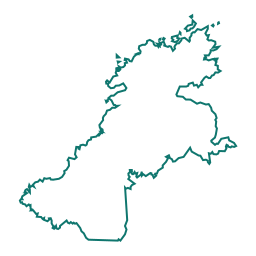 Portobelo, Colón, Panama (Robinson projection)
{"feature_id": "35544464B89301673090177", "entity_name": "Portobelo", "entity_type": "district", "adm_level": 2, "iso_a3": "PAN", "parent_name": "Panama", "parent_adm1": "Colón", "projection": "robinson", "projection_center": [-79.633, 9.507], "detail": "fine", "context": "isolated", "style": "outline", "palette": "teal", "viewbox_px": 256, "rotation_deg": 0, "n_neighbors": 0, "source": "geoboundaries", "source_scale": "gbopen_adm2", "svg_char_len": 5769}
<svg xmlns="http://www.w3.org/2000/svg" viewBox="0 0 256 256"><path d="M215.4,72.4L218.0,72.6L220.5,71.0L217.8,69.4L217.8,65.8L215.4,65.0L216.3,61.8L215.6,61.4L215.3,60.2L212.5,59.1L208.7,60.4L206.2,59.2L204.0,59.5L204.4,57.7L205.9,57.3L205.0,55.4L208.7,55.4L210.6,52.1L210.7,50.2L213.2,50.5L216.6,49.2L218.9,46.7L212.9,47.7L215.5,44.1L215.2,41.7L211.2,40.2L208.9,40.5L207.4,39.3L208.8,35.1L206.7,35.5L205.4,33.4L207.8,28.9L207.8,26.2L201.2,30.0L197.5,29.1L194.6,32.4L193.2,32.2L191.5,33.6L191.4,35.5L189.6,37.9L189.9,40.7L189.3,41.6L184.7,37.8L181.5,38.6L181.3,40.3L178.9,43.3L177.0,43.3L175.1,45.5L174.4,47.0L175.0,48.6L172.9,50.8L170.9,46.6L169.2,46.1L168.0,46.9L163.4,45.3L165.2,45.4L163.7,41.7L160.3,43.2L159.6,42.6L160.1,44.4L162.0,44.2L159.7,45.2L159.8,46.5L158.6,45.9L158.3,46.7L157.8,45.8L155.3,45.7L153.9,44.4L153.3,41.8L149.8,39.9L147.1,41.0L146.8,43.1L145.0,44.8L142.5,44.8L139.2,46.2L138.8,48.7L140.6,51.3L140.2,53.3L136.2,54.7L133.9,56.7L131.6,61.4L129.7,61.1L128.6,59.4L125.0,58.6L124.7,60.0L126.0,60.2L127.0,62.7L124.8,63.1L125.0,65.4L123.4,67.0L120.8,67.6L119.0,66.5L120.3,69.5L118.8,71.0L116.3,70.9L115.7,72.8L117.2,75.5L113.3,76.5L109.6,82.6L107.1,80.4L106.0,81.7L106.3,83.6L108.0,83.7L108.2,86.0L110.8,88.2L113.9,87.8L115.8,85.7L119.2,85.5L123.2,83.4L126.4,88.0L125.1,90.2L117.6,92.3L113.6,95.7L111.2,95.7L108.4,98.1L111.5,100.4L113.7,104.9L115.3,105.1L116.0,106.4L116.7,105.9L118.0,105.8L115.1,107.8L112.3,107.7L110.0,109.8L107.0,110.6L105.8,114.0L103.6,116.3L102.9,118.0L103.1,120.1L99.4,125.0L99.9,127.7L102.5,129.5L102.9,132.2L102.1,133.2L100.6,132.7L100.2,134.0L99.2,135.1L98.7,135.2L99.1,136.4L98.5,134.3L96.2,136.6L91.2,137.4L91.0,139.5L88.5,140.2L87.2,142.0L86.7,144.6L85.6,145.5L83.0,144.7L80.4,145.3L79.5,149.2L78.4,148.6L78.2,147.0L76.3,146.9L75.0,154.4L76.6,157.3L74.5,159.1L69.0,157.7L67.6,160.2L68.7,161.2L69.0,165.8L66.5,169.7L64.2,171.1L64.6,173.2L62.1,176.9L58.9,178.8L53.1,179.7L50.8,179.5L50.0,178.1L46.3,178.8L44.3,178.2L42.6,181.6L39.9,179.6L38.0,181.7L35.3,182.3L32.9,184.8L33.9,186.7L32.3,185.7L30.5,186.9L29.3,184.9L28.8,186.8L29.8,189.1L29.9,192.5L27.0,189.1L25.6,189.9L24.9,191.3L25.9,192.2L25.0,192.7L26.8,193.2L22.3,196.3L21.7,198.2L22.4,199.3L20.8,199.4L19.9,200.6L20.7,202.6L22.1,202.3L22.6,203.8L25.1,204.4L26.5,206.2L28.8,204.5L29.6,205.5L30.5,205.1L30.6,208.8L31.8,209.3L30.9,210.4L33.2,210.3L36.1,213.9L37.7,213.5L36.8,216.7L41.1,217.0L42.6,218.9L44.1,218.0L43.9,219.8L47.5,221.2L49.3,219.5L48.9,218.4L50.7,218.2L51.7,220.7L51.6,223.3L53.4,226.5L52.6,227.9L53.4,228.4L54.1,227.0L54.6,228.1L56.0,225.9L56.5,228.5L58.1,229.0L60.0,227.6L60.0,226.0L66.6,220.5L67.9,222.7L69.4,223.4L70.8,222.1L72.7,223.6L73.7,222.7L75.0,223.7L76.5,223.1L80.2,228.0L81.5,231.3L83.8,233.3L86.1,237.8L88.5,239.7L117.9,240.6L118.6,239.3L120.4,240.6L125.0,234.3L126.5,229.5L125.0,226.0L127.2,220.2L125.1,187.7L126.0,188.7L127.9,187.9L130.6,189.0L130.6,186.9L131.9,185.1L134.6,183.7L128.3,179.0L129.7,176.9L128.6,175.5L128.4,173.5L130.0,172.0L129.8,170.0L131.8,170.0L131.9,171.7L131.1,172.5L132.3,174.1L133.2,174.1L134.6,172.0L135.3,173.6L137.2,173.0L136.3,176.5L137.1,177.5L140.9,174.6L141.8,171.7L141.9,175.6L143.2,174.2L145.8,176.1L150.4,173.0L151.4,173.3L151.4,174.5L152.5,174.9L153.8,177.8L156.1,175.7L154.8,174.4L155.3,173.6L156.9,173.6L158.1,170.6L162.8,167.6L162.7,165.4L166.0,161.9L168.1,158.1L166.1,156.8L168.9,155.3L169.9,158.1L171.9,159.2L173.0,161.6L175.1,161.3L178.6,158.1L183.6,156.9L190.1,147.7L191.7,151.6L198.6,155.5L200.4,155.7L203.0,160.1L205.9,159.7L207.8,160.7L207.9,162.2L209.3,163.9L210.2,162.5L208.9,153.3L210.7,153.8L212.3,152.0L213.4,154.1L216.4,154.4L218.1,153.6L219.1,151.0L224.8,151.2L226.4,148.4L225.9,146.5L226.6,144.8L227.9,145.5L227.7,146.5L230.7,147.4L231.7,146.4L234.2,146.9L236.1,146.0L234.0,142.9L229.2,140.4L228.3,137.3L221.3,138.8L217.9,143.9L216.6,143.6L215.0,144.8L211.4,141.7L211.3,140.6L214.9,137.6L215.8,134.7L216.9,128.4L215.7,126.2L216.2,121.5L215.3,119.9L216.6,118.0L215.4,114.2L211.8,110.7L211.1,107.7L208.7,104.1L205.9,104.5L200.3,102.5L197.0,103.7L190.5,99.6L185.8,99.5L182.9,96.8L177.3,96.2L176.4,94.5L179.8,86.5L186.3,86.5L188.2,85.8L188.7,83.9L192.8,82.6L194.0,85.6L196.8,84.8L198.2,87.3L200.5,84.8L202.3,84.8L201.1,82.4L204.5,77.8L206.3,76.5L208.8,78.1L210.3,78.0L212.0,75.5L213.6,75.1L215.4,72.4ZM195.9,23.5L192.7,20.4L192.3,24.6L187.9,25.6L185.0,28.7L186.7,29.4L187.0,31.1L189.6,30.3L190.6,28.6L192.4,28.4L194.0,26.8L195.9,23.5ZM177.8,35.4L171.9,37.0L171.7,38.3L173.3,39.8L172.1,41.1L175.0,42.1L177.8,40.8L179.2,38.5L177.2,37.9L177.8,35.4ZM217.3,58.6L213.0,59.0L216.5,59.5L215.9,60.0L216.4,60.5L217.3,58.6ZM119.5,69.4L117.5,67.9L116.5,68.2L116.9,69.7L118.9,70.3L119.5,69.4ZM119.2,57.4L116.7,55.0L116.7,57.6L119.2,57.4ZM191.4,17.7L192.3,16.9L192.2,15.4L190.2,16.6L191.4,17.7ZM102.2,129.3L100.4,128.2L101.0,130.2L102.5,131.0L102.2,129.3ZM164.6,38.6L163.5,38.0L162.8,39.4L163.9,39.8L164.6,38.6ZM213.1,24.6L212.0,25.5L213.2,26.4L213.7,25.5L213.1,24.6ZM119.5,61.7L117.7,61.5L118.0,62.7L119.5,61.7ZM107.4,101.5L105.9,100.9L106.4,102.4L107.4,101.5ZM179.9,32.1L179.5,33.5L180.5,34.2L180.5,32.7L179.9,32.1ZM102.2,131.8L100.8,130.7L100.9,131.6L102.2,131.8ZM158.7,44.0L157.5,43.8L158.5,44.7L158.7,44.0ZM218.1,23.7L219.0,23.2L218.7,22.3L218.2,22.6L218.1,23.7ZM101.8,132.7L102.7,131.2L102.1,132.1L101.0,132.0L101.8,132.7ZM215.6,60.0L215.6,61.3L216.4,61.4L216.3,60.9L215.6,60.0ZM99.5,133.8L100.6,132.6L100.5,132.4L99.5,133.8ZM116.3,69.6L116.3,70.4L117.2,70.4L117.2,70.2L116.3,69.6ZM107.9,100.0L107.3,100.1L107.0,100.6L107.7,100.8L107.9,100.0ZM160.3,38.8L159.8,38.9L159.4,39.4L159.9,39.8L160.3,38.8ZM137.5,53.5L136.8,53.8L137.8,54.0L137.5,53.5ZM138.8,53.2L138.3,53.1L138.0,53.3L138.2,53.7L138.8,53.2ZM99.1,135.1L99.6,134.2L98.8,134.9L99.1,135.1Z" fill="none" stroke="#0f766e" stroke-width="2"/></svg>